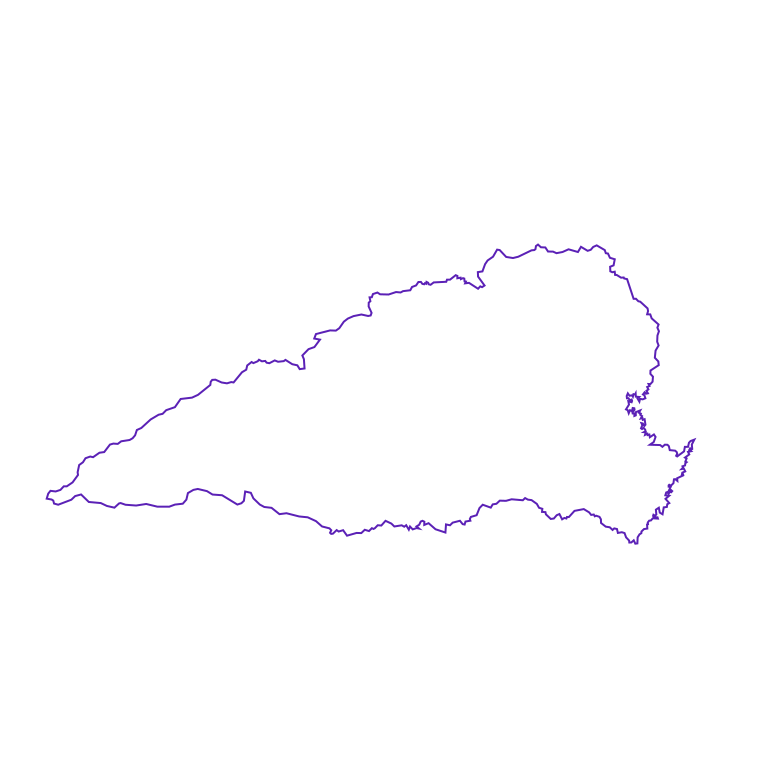 the district of Medio Atrato (Beté), Chocó, Colombia, rotated 189°
{"feature_id": "7082276B17013880517014", "entity_name": "Medio Atrato (Beté)", "entity_type": "district", "adm_level": 2, "iso_a3": "COL", "parent_name": "Colombia", "parent_adm1": "Chocó", "projection": "albers", "projection_center": [-76.768, 6.011], "detail": "fine", "context": "isolated", "style": "outline", "palette": "violet", "viewbox_px": 768, "rotation_deg": 189, "n_neighbors": 0, "source": "geoboundaries", "source_scale": "gbopen_adm2", "svg_char_len": 6089}
<svg xmlns="http://www.w3.org/2000/svg" viewBox="0 0 768 768"><g transform="rotate(189 384 384)"><path d="M699.2,218.0L694.2,217.9L692.4,217.1L691.2,214.3L686.9,213.8L674.7,220.8L671.5,225.0L665.9,227.5L657.1,221.3L645.1,222.1L638.6,220.2L630.9,219.7L627.0,224.6L625.5,225.2L620.4,224.3L609.8,225.2L600.1,228.3L588.8,227.4L577.0,229.2L571.6,232.2L564.0,234.3L561.1,238.9L560.6,245.6L555.7,249.6L551.5,251.2L542.1,250.5L536.1,248.0L526.5,248.8L510.0,242.0L506.2,243.9L504.1,246.7L504.3,256.1L498.5,255.7L495.1,250.6L487.8,245.5L483.0,243.8L475.7,244.1L466.9,239.1L460.1,241.1L447.1,239.9L438.5,240.4L429.7,237.9L422.9,233.6L415.3,232.9L413.2,231.3L414.0,228.6L412.7,227.7L411.0,228.2L407.9,232.3L405.7,231.2L401.5,233.2L396.8,228.4L387.8,232.6L383.1,233.2L380.2,237.0L375.8,236.4L373.4,239.7L371.7,239.2L370.5,240.1L368.1,243.5L364.5,243.8L361.1,249.1L354.9,247.3L351.5,244.9L344.4,247.2L341.7,246.2L340.0,248.0L336.7,244.0L336.0,247.3L332.9,244.9L329.3,246.8L326.8,246.7L329.6,248.4L327.2,250.5L326.2,253.9L324.6,254.9L322.6,254.3L322.2,251.1L318.2,253.5L310.4,248.6L300.1,246.9L300.8,255.0L296.7,254.8L294.5,257.8L287.6,260.8L284.4,257.9L282.4,257.8L282.0,260.9L277.3,262.5L278.1,264.1L277.4,266.3L272.0,268.9L270.3,276.4L267.6,280.2L259.2,278.6L257.8,282.1L254.2,283.3L251.4,286.9L245.2,287.7L239.9,290.1L228.7,290.9L226.8,293.4L223.8,292.3L220.1,292.4L214.3,289.5L211.5,286.0L208.1,285.5L207.9,282.4L204.5,282.7L203.7,280.6L198.2,276.8L195.2,277.7L192.9,281.4L190.4,283.0L186.9,278.2L184.9,279.9L182.8,279.7L182.5,281.3L180.6,281.5L176.0,288.5L167.1,291.7L161.3,289.3L158.9,287.1L156.4,287.9L155.1,286.3L153.9,287.1L150.4,286.5L148.6,284.3L147.9,280.7L142.7,277.8L138.6,277.8L135.4,275.6L134.0,277.4L131.2,277.2L129.7,273.5L125.9,274.8L123.1,274.4L120.9,270.4L117.4,267.7L116.9,265.8L114.9,266.2L112.9,268.7L110.8,265.6L108.8,266.2L109.5,272.2L108.1,275.5L106.5,276.9L106.6,278.6L104.5,281.4L101.3,282.4L102.2,286.4L101.3,286.8L101.8,288.5L100.7,290.5L99.0,291.0L97.5,293.4L92.4,293.9L93.0,295.1L96.1,294.7L97.6,295.8L97.4,297.0L95.7,296.3L94.6,297.7L95.8,302.4L93.2,304.8L91.5,300.1L88.5,298.9L88.4,305.9L85.4,306.8L85.4,309.6L83.6,311.0L88.0,314.6L84.9,318.2L88.7,318.1L88.3,321.0L87.4,321.5L85.7,320.0L85.0,322.1L83.4,322.0L82.6,323.3L84.0,324.2L86.0,323.2L84.8,327.1L86.8,327.1L87.0,328.4L86.5,329.1L84.7,328.5L82.6,331.3L82.7,335.2L81.5,335.6L79.1,334.2L79.7,336.8L74.1,340.6L74.4,341.4L75.6,341.0L75.5,343.1L72.8,344.8L74.6,347.3L76.7,346.6L75.5,348.3L76.3,349.4L73.9,350.7L74.0,352.9L72.9,354.1L74.2,354.5L73.5,357.8L75.2,358.4L71.5,362.2L73.1,364.5L70.3,365.6L72.2,366.5L71.6,368.3L70.3,367.1L69.4,368.0L70.5,372.4L68.8,377.6L72.3,375.6L73.6,373.7L73.9,369.5L77.0,369.0L77.1,364.4L83.1,358.3L84.2,358.8L83.5,361.1L84.3,362.6L86.0,363.7L91.4,363.4L92.9,367.1L94.5,368.3L97.1,368.0L99.2,365.5L101.7,366.9L111.9,365.6L108.5,368.9L107.5,374.2L109.5,376.4L113.1,373.0L114.0,375.6L115.6,374.8L116.1,376.1L118.2,374.6L117.9,377.2L119.8,377.1L118.3,378.3L118.9,379.8L120.7,381.2L122.1,379.9L123.2,380.4L122.4,383.8L123.6,385.6L122.2,385.5L120.3,383.2L119.4,384.7L121.1,390.0L122.8,389.1L123.4,390.8L125.0,390.1L124.1,392.7L126.1,393.7L125.7,394.9L127.7,395.5L126.8,398.0L130.9,395.6L130.4,392.4L131.7,391.6L132.1,394.1L133.8,393.8L134.2,394.9L132.5,397.7L133.0,399.2L134.6,399.2L134.9,396.0L136.9,396.6L137.7,393.4L139.2,396.3L141.0,396.8L138.8,402.0L140.0,405.2L136.6,404.7L136.3,406.1L137.0,407.4L138.7,406.4L140.3,408.2L141.8,407.9L142.4,410.1L141.7,412.9L139.7,410.8L137.4,411.6L136.2,410.4L136.0,413.0L134.4,412.9L134.0,414.1L133.3,410.9L130.0,411.1L131.4,409.4L129.0,406.5L128.8,409.4L126.1,409.3L123.6,410.8L125.1,413.7L126.6,414.2L125.3,416.6L123.7,415.4L121.9,416.1L123.7,418.4L122.0,420.0L123.6,422.2L121.4,423.6L122.7,425.4L120.9,425.6L119.1,428.3L119.5,433.3L122.5,435.7L122.9,439.0L115.6,445.6L116.6,449.2L120.6,452.3L121.0,459.5L118.8,465.0L120.8,468.5L121.5,474.7L120.7,479.1L122.8,482.4L122.1,485.7L129.9,490.7L131.9,494.4L135.0,494.0L134.6,497.3L135.5,499.9L143.8,505.4L145.7,505.5L148.5,507.6L150.8,507.2L160.3,525.6L163.3,525.8L163.9,526.7L166.5,526.1L171.2,528.1L172.8,527.9L173.7,531.0L176.0,530.1L178.1,530.7L179.0,535.2L175.8,537.1L175.6,543.3L180.6,544.0L183.2,547.9L185.4,547.9L186.9,550.8L195.6,554.2L198.8,552.1L200.8,548.9L203.7,547.4L210.9,550.3L213.1,544.7L222.8,545.9L228.3,542.3L234.1,540.2L237.8,541.2L242.7,540.5L246.0,544.1L250.4,543.6L253.7,545.8L255.5,544.0L255.5,540.9L256.5,539.8L259.2,539.1L271.3,530.7L276.3,528.6L283.2,528.6L290.7,534.4L293.3,534.4L296.2,526.8L301.0,522.2L302.9,518.2L304.4,510.6L308.8,509.2L307.9,504.8L300.1,497.0L302.3,495.0L304.2,495.5L306.0,492.8L315.9,497.2L319.6,496.1L319.1,498.0L320.5,498.0L321.2,500.7L322.5,500.9L324.5,499.6L325.0,501.0L328.1,499.9L328.4,502.2L330.2,502.7L335.1,497.4L338.1,496.9L338.5,494.7L350.8,492.1L353.5,489.3L355.6,489.5L356.2,490.9L358.0,491.5L358.1,489.6L359.3,490.0L359.9,488.8L361.8,488.9L363.5,490.6L366.0,490.1L367.7,486.4L371.5,484.2L372.7,480.7L379.7,478.7L381.9,477.0L386.5,476.7L393.5,473.1L401.9,472.0L404.8,473.3L409.0,471.1L409.6,467.8L411.8,467.3L410.4,463.6L411.8,462.0L411.3,458.2L407.4,452.3L407.9,449.6L410.3,448.7L417.2,449.1L424.7,446.3L429.9,443.0L433.4,439.3L436.9,432.1L439.9,429.2L445.6,428.5L459.0,422.7L460.0,418.0L454.2,417.8L458.5,409.6L464.0,406.6L469.1,399.4L467.0,396.0L464.9,386.9L469.6,385.5L472.5,388.9L477.7,389.2L485.1,392.4L486.6,390.9L492.1,389.4L495.6,390.2L500.5,386.6L503.3,386.7L504.9,388.2L508.1,387.3L511.3,388.4L512.3,386.7L516.3,384.2L518.2,385.0L522.0,380.9L522.3,376.6L526.1,373.4L532.8,362.0L535.2,362.0L539.2,360.1L544.6,360.1L551.2,361.9L554.3,361.2L555.5,359.1L555.4,355.9L566.0,344.2L571.5,340.5L582.5,337.4L586.9,328.4L595.0,324.1L598.0,319.9L601.8,318.4L608.9,312.5L616.8,302.6L620.9,299.9L621.8,294.4L623.8,291.1L626.5,288.9L634.6,286.3L637.6,283.2L642.0,282.8L645.2,281.3L649.7,273.0L654.3,271.6L659.9,266.2L662.8,266.4L667.2,264.0L669.1,259.6L672.4,256.3L672.8,248.9L672.0,246.3L676.2,238.1L681.3,233.3L684.3,232.8L687.0,228.8L691.5,226.5L696.7,226.3L698.5,223.2L699.2,218.0Z" fill="none" stroke="#5b21b6" stroke-width="2"/></g></svg>